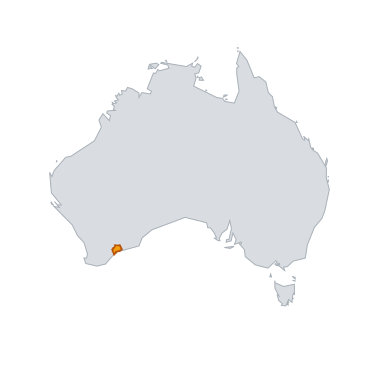 Ravensthorpe, Western Australia, Australia (highlighted), rotated 345°
{"feature_id": "25037944B73720065991414", "entity_name": "Ravensthorpe", "entity_type": "district", "adm_level": 2, "iso_a3": "AUS", "parent_name": "Australia", "parent_adm1": "Western Australia", "projection": "orthographic", "projection_center": [120.16, -33.684], "detail": "fine", "context": "in_parent", "style": "filled", "palette": "amber", "viewbox_px": 384, "rotation_deg": 345, "n_neighbors": 0, "source": "geoboundaries", "source_scale": "gbopen_adm2", "svg_char_len": 5306}
<svg xmlns="http://www.w3.org/2000/svg" viewBox="0 0 384 384"><g transform="rotate(345 192 192)"><path d="M279.2,79.0L281.6,97.7L286.7,98.0L291.8,104.8L291.5,115.9L294.3,120.6L293.7,131.1L295.3,137.0L309.5,151.5L312.6,169.6L314.1,171.0L315.0,168.2L317.7,172.3L318.5,171.0L318.2,179.7L319.6,182.8L323.3,186.8L328.1,203.6L325.4,212.8L325.3,225.1L315.4,244.6L310.5,251.3L301.2,257.7L289.8,272.8L284.3,285.2L272.0,284.9L264.7,288.8L261.0,288.3L261.1,291.8L256.8,285.6L258.0,284.7L257.9,283.5L256.9,283.2L254.4,284.7L253.4,283.1L256.2,281.8L255.3,280.0L245.7,285.2L234.4,278.9L226.7,268.2L227.7,261.3L224.3,254.2L226.2,254.9L226.6,253.0L219.5,253.6L222.3,249.4L220.9,242.2L217.1,249.4L211.9,249.3L213.2,246.9L215.5,247.3L220.7,237.4L221.1,229.4L216.2,237.0L210.6,239.3L206.4,243.7L206.5,246.3L204.6,245.7L201.7,242.4L203.8,242.7L203.0,237.6L200.6,231.5L198.0,230.5L198.2,225.5L178.8,214.7L143.4,218.2L132.0,223.4L126.8,230.4L102.7,230.5L89.8,239.2L81.0,239.0L70.9,233.6L70.5,227.7L73.0,228.6L75.0,224.9L74.6,213.0L70.0,204.2L67.9,193.0L55.0,170.3L59.8,172.5L56.7,165.6L58.8,169.7L62.4,170.7L56.0,156.5L59.5,136.2L60.6,140.9L64.5,135.5L79.0,125.8L84.3,126.1L111.0,117.3L121.3,105.9L120.7,98.4L126.2,93.3L130.6,101.7L133.0,97.1L130.1,93.8L131.1,91.8L139.9,93.5L137.1,92.6L139.1,89.4L137.5,86.5L142.3,86.3L140.6,84.1L144.6,84.0L143.3,80.9L146.9,77.6L147.1,79.7L149.8,79.6L150.2,75.7L154.1,77.3L156.8,74.3L160.9,76.8L166.4,82.6L165.3,86.9L169.3,83.0L177.2,86.5L178.9,84.3L175.5,80.7L185.6,67.0L187.4,68.1L190.8,64.8L191.9,66.5L201.6,66.5L201.5,63.0L195.1,59.6L196.2,58.9L219.1,69.4L226.0,67.7L224.2,70.3L226.9,72.3L230.6,69.4L233.4,72.8L229.3,78.7L225.3,78.6L225.2,83.3L221.0,90.2L240.3,107.1L245.7,109.5L247.1,113.0L255.9,117.1L263.6,106.7L265.7,89.8L267.3,83.8L269.7,82.8L268.2,79.5L274.7,68.7L279.2,79.0ZM248.5,301.0L256.1,307.0L267.0,307.6L264.3,318.0L264.2,316.0L262.5,317.9L260.0,324.5L257.4,320.8L253.2,326.3L249.0,324.7L250.4,323.2L247.6,319.2L247.7,313.5L249.1,314.9L247.2,306.5L248.5,301.0ZM184.2,57.7L190.9,58.3L192.9,60.4L188.3,63.5L184.2,57.7ZM208.9,254.0L218.7,255.4L214.3,256.4L208.9,254.0ZM230.9,83.3L232.0,87.1L227.9,85.9L228.7,83.4L230.9,83.3ZM328.0,201.8L328.7,197.5L330.9,194.5L330.9,197.2L328.0,201.8ZM266.9,299.4L269.5,301.1L269.2,302.6L266.9,299.4ZM183.4,58.7L185.7,62.4L181.4,61.8L183.4,58.7ZM246.8,294.7L245.2,293.9L246.8,291.6L246.8,294.7ZM251.0,107.5L248.9,108.2L246.9,108.5L248.1,106.6L251.0,107.5ZM55.0,169.3L53.3,167.3L53.1,165.3L53.3,165.2L55.0,169.3ZM268.1,303.8L268.9,305.1L267.0,303.7L268.1,303.8ZM319.3,180.6L320.6,181.1L320.2,182.9L319.3,180.6ZM294.2,131.0L295.7,132.6L295.3,133.1L294.2,131.0ZM256.1,324.4L255.7,326.1L254.8,325.3L256.1,324.4ZM326.9,215.1L326.4,217.5L326.2,217.4L326.9,215.1ZM201.3,59.4L200.3,58.3L201.0,57.9L201.3,59.4ZM232.4,64.1L230.7,65.6L232.8,62.8L232.4,64.1ZM327.8,212.4L327.0,212.9L327.6,212.3L327.8,212.4ZM232.4,97.6L231.5,97.8L232.1,97.0L232.4,97.6ZM227.7,82.7L226.5,82.7L227.3,81.6L227.7,82.7ZM69.6,126.3L69.3,127.8L68.8,127.7L69.6,126.3ZM272.9,67.5L272.8,68.7L272.4,67.7L272.9,67.5ZM256.7,283.8L256.7,284.7L256.5,284.3L256.7,283.8ZM230.2,66.0L228.0,66.9L230.3,65.7L230.2,66.0ZM143.5,79.1L142.7,79.9L143.2,78.9L143.5,79.1ZM257.1,323.4L256.5,323.6L257.0,323.0L257.1,323.4ZM249.6,111.7L248.4,111.5L249.1,110.8L249.6,111.7ZM138.8,85.5L138.2,86.0L138.2,84.8L138.8,85.5ZM262.3,321.0L261.4,321.3L261.9,320.5L262.3,321.0ZM273.9,64.4L273.7,65.2L273.1,64.6L273.9,64.4ZM256.0,284.8L256.6,285.7L255.3,285.2L256.0,284.8ZM311.4,152.0L310.7,151.8L311.1,150.9L311.4,152.0ZM314.4,167.9L314.1,167.8L314.5,167.1L314.4,167.9ZM249.2,299.8L248.8,300.4L248.9,299.6L249.2,299.8Z" fill="#d9dde1" stroke="#a8b0b8" stroke-width="1"/><path d="M104.2,223.4L103.9,223.4L104.1,223.7L103.5,224.1L103.5,224.6L103.3,225.0L102.7,225.5L102.4,225.5L102.2,225.8L101.6,225.4L100.6,226.3L100.0,226.8L100.6,227.3L100.4,227.7L100.3,227.8L100.2,228.0L100.0,228.3L100.1,228.6L100.0,228.8L99.9,228.8L100.0,229.1L100.3,229.1L100.4,233.0L100.5,232.8L100.5,232.7L100.8,232.3L100.8,232.2L101.0,232.1L100.9,232.0L100.9,231.9L101.0,231.8L101.1,231.7L101.3,231.6L101.4,231.4L101.5,231.3L101.7,231.2L101.8,231.2L102.0,231.1L102.2,230.9L102.3,230.8L102.3,230.7L102.5,230.6L102.7,230.4L102.7,230.5L102.7,230.4L102.7,230.5L102.8,230.4L102.8,230.5L102.9,230.4L103.0,230.5L103.0,230.4L103.0,230.5L103.0,230.4L103.0,230.5L103.1,230.4L103.2,230.5L103.3,230.5L103.4,230.4L103.5,230.4L103.6,230.2L103.8,230.2L104.0,230.1L104.3,230.2L104.5,230.3L104.7,230.2L104.9,230.2L105.0,230.2L105.4,230.2L105.5,230.2L105.8,230.2L105.8,230.3L105.8,230.2L105.9,230.3L106.0,230.3L106.3,230.4L106.6,230.5L106.6,230.4L106.8,230.4L107.0,230.3L107.1,230.2L107.3,230.1L107.3,229.9L107.6,229.8L107.8,229.8L108.0,229.8L108.3,229.8L108.5,229.8L108.8,229.8L108.9,229.7L108.9,229.4L108.9,229.2L109.0,229.2L109.3,229.0L109.3,228.9L109.3,228.7L109.5,228.5L109.5,228.4L109.5,228.5L109.4,228.4L109.5,228.4L109.4,228.4L109.5,228.4L109.4,228.4L109.4,228.2L109.3,227.9L109.2,227.8L109.2,227.7L109.1,227.4L109.1,227.2L108.9,227.1L109.0,227.1L108.9,226.9L108.8,226.3L108.7,226.4L108.6,226.1L108.9,226.0L108.8,225.7L108.8,224.8L108.7,224.7L108.3,224.4L108.1,224.4L107.7,224.6L107.1,224.7L106.7,224.4L106.3,224.3L105.5,224.0L105.3,224.0L105.1,223.9L104.9,223.8L104.5,223.6L104.2,223.4Z" fill="#f59e0b" stroke="#b45309" stroke-width="1.5"/></g></svg>